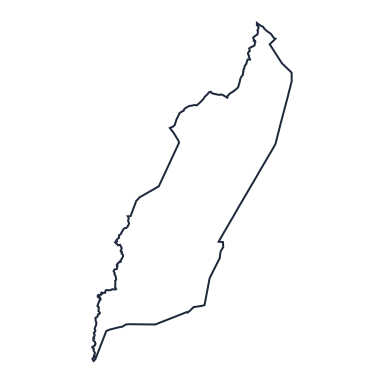 Santiago del Río, Oaxaca, Mexico
{"feature_id": "50627088B48530858037738", "entity_name": "Santiago del Río", "entity_type": "district", "adm_level": 2, "iso_a3": "MEX", "parent_name": "Mexico", "parent_adm1": "Oaxaca", "projection": "robinson", "projection_center": [-98.116, 17.433], "detail": "fine", "context": "isolated", "style": "outline", "palette": "slate", "viewbox_px": 384, "rotation_deg": 0, "n_neighbors": 0, "source": "geoboundaries", "source_scale": "gbopen_adm2", "svg_char_len": 4838}
<svg xmlns="http://www.w3.org/2000/svg" viewBox="0 0 384 384"><path d="M291.6,72.7L290.9,71.9L281.9,63.3L273.8,50.6L269.7,44.3L275.4,38.8L274.4,38.5L273.2,37.1L271.1,34.0L267.2,31.3L264.2,28.6L263.2,26.9L260.6,25.6L258.5,24.2L256.9,23.0L256.9,23.3L257.0,23.8L256.8,24.4L257.0,25.1L257.5,25.8L258.0,26.2L258.6,27.3L258.5,28.3L258.0,29.1L257.5,30.3L257.9,30.7L257.8,31.6L257.8,32.7L257.6,34.0L257.1,34.7L255.5,35.7L253.6,37.1L253.2,37.5L253.2,37.9L253.3,38.4L254.0,39.7L253.8,40.8L254.0,40.8L254.7,40.7L255.2,40.9L255.3,42.1L255.0,42.2L254.8,43.7L254.7,44.8L254.5,45.3L254.1,45.8L253.6,46.0L252.9,46.3L252.6,46.6L251.3,47.0L249.2,48.4L249.8,51.0L249.1,51.3L248.0,53.0L248.1,54.2L248.5,54.6L248.5,55.0L248.9,55.6L248.9,56.8L249.5,58.0L250.0,59.5L247.6,59.5L246.4,63.1L246.5,63.7L245.8,64.3L245.6,64.9L244.7,66.0L244.1,68.9L243.6,69.3L243.4,70.6L243.5,71.3L243.1,71.8L243.3,72.5L242.8,73.5L243.0,74.6L241.2,77.0L240.3,78.8L240.2,79.8L240.0,80.2L239.6,82.3L239.5,83.2L239.0,83.7L238.8,84.3L238.8,85.1L238.6,85.9L238.3,86.7L237.7,87.7L237.4,88.2L236.5,88.9L235.1,90.0L234.6,90.3L234.0,91.0L233.5,91.1L233.3,91.5L232.6,91.9L231.6,92.4L230.3,93.3L229.2,94.1L228.7,94.9L227.6,95.8L227.6,96.6L227.3,97.7L223.2,95.2L221.4,94.5L219.4,94.9L214.3,93.9L211.7,93.1L210.7,91.7L209.0,92.3L207.2,94.5L204.8,96.7L203.5,98.9L201.2,101.4L196.8,105.4L194.8,105.0L191.3,105.7L188.9,106.1L186.6,107.4L184.4,108.9L183.6,110.8L181.7,111.6L181.3,111.9L179.6,113.1L179.1,114.1L178.0,116.5L176.5,119.4L175.9,121.3L174.6,125.2L173.0,126.6L171.0,127.5L169.8,128.0L173.4,132.5L178.1,140.1L179.1,142.6L158.8,186.3L139.6,197.3L136.2,201.1L130.6,216.1L127.8,216.3L128.4,217.3L128.4,217.7L128.7,218.2L128.7,218.7L128.5,219.1L128.3,219.9L128.1,220.3L128.2,220.7L128.3,221.4L128.7,222.5L129.0,223.2L128.9,223.7L128.7,224.6L128.3,225.4L127.8,225.8L127.7,226.6L127.1,227.2L126.4,227.8L125.7,228.1L124.6,228.2L123.6,229.1L123.3,229.6L122.9,230.0L122.6,230.6L122.3,231.5L121.5,232.4L121.3,232.8L121.3,233.5L120.7,234.3L119.3,235.0L118.8,235.7L119.2,236.8L118.8,238.1L117.5,238.9L116.8,239.5L116.5,240.4L117.0,241.0L117.1,241.4L116.6,241.5L115.8,241.4L115.1,242.4L115.6,242.7L115.9,243.1L116.3,243.6L117.0,244.0L117.3,244.4L117.6,244.8L117.9,245.0L118.3,245.3L119.2,245.1L120.0,244.8L121.1,246.7L121.4,248.1L121.7,248.2L121.5,249.4L121.1,250.1L120.6,250.7L120.7,251.1L121.0,251.5L121.2,251.9L121.5,252.4L121.9,252.3L121.7,253.6L122.2,253.7L122.9,255.0L123.1,255.8L123.0,256.6L122.4,257.5L122.0,258.3L121.5,258.9L121.3,259.8L120.3,261.0L120.6,261.6L119.8,261.6L119.7,262.1L119.1,262.3L118.9,262.6L118.3,262.8L117.8,263.3L116.7,265.1L117.0,265.6L117.0,266.1L117.4,266.0L117.2,267.1L117.2,267.7L116.9,268.2L116.8,269.0L114.6,269.5L113.9,270.2L113.6,271.3L114.6,272.8L114.5,274.3L115.3,275.5L116.2,278.8L116.0,279.8L115.1,280.8L115.4,282.3L115.3,283.9L115.2,285.7L115.1,287.1L116.1,289.1L114.9,289.5L112.3,289.2L110.8,290.0L109.3,290.3L107.5,290.1L106.8,290.1L106.2,290.1L105.8,290.3L105.5,291.1L105.2,292.0L105.3,292.6L105.1,292.8L103.2,292.9L102.5,292.9L102.3,293.7L101.7,293.8L101.3,293.1L100.9,294.0L100.9,294.8L100.2,294.8L99.7,294.9L99.0,294.9L98.3,295.0L97.8,295.5L97.7,296.0L97.7,296.7L98.1,297.0L98.9,297.1L99.7,297.0L99.8,297.2L99.4,297.5L99.3,298.0L99.4,298.4L100.0,298.5L100.3,298.6L100.1,299.0L100.2,299.7L100.4,299.9L99.8,300.6L99.4,300.7L97.4,306.0L97.8,306.4L98.4,306.7L98.3,307.1L98.8,307.6L98.8,308.4L98.8,309.1L98.6,309.9L98.4,311.0L99.8,312.5L99.8,313.4L99.2,314.0L98.4,314.1L97.9,314.6L97.6,316.4L96.5,317.4L95.9,317.5L95.8,318.0L95.3,318.5L95.6,319.4L95.6,320.4L95.8,321.4L96.2,321.9L96.4,322.6L96.2,324.2L96.0,325.3L95.6,326.3L95.6,326.5L95.3,326.8L95.1,327.2L95.0,327.8L94.6,329.0L95.2,329.9L95.3,330.8L95.2,331.6L94.5,331.9L94.0,332.5L93.8,333.4L94.6,334.4L94.7,335.2L94.6,335.8L94.1,336.2L94.0,337.0L93.5,337.3L93.6,338.0L93.9,338.2L93.6,338.4L93.5,338.8L93.8,338.9L93.7,339.1L93.3,339.2L93.2,339.6L93.4,339.8L93.3,340.2L93.7,340.8L94.4,341.4L94.8,341.6L95.0,342.6L95.6,343.8L94.9,344.6L95.0,345.3L94.3,345.8L93.2,346.4L92.4,346.8L92.3,347.4L93.0,347.5L93.3,347.9L93.3,348.3L93.8,348.6L93.7,349.0L93.6,349.8L93.6,350.6L94.1,351.3L94.6,352.3L94.9,352.7L94.8,353.5L94.7,354.2L94.3,354.7L94.1,355.1L94.4,355.5L94.4,356.0L94.6,356.4L94.3,356.6L93.9,356.5L93.8,357.6L93.3,357.7L92.8,358.2L92.4,359.0L93.1,360.3L93.6,361.0L95.3,359.3L106.3,331.0L109.3,329.7L116.8,327.8L118.8,327.3L122.2,326.7L126.1,324.4L128.1,324.3L128.8,324.2L155.2,324.5L187.0,312.0L187.6,312.6L190.1,310.6L193.6,307.1L201.7,305.9L204.5,305.1L209.6,278.4L210.2,277.0L218.8,259.9L219.5,258.8L219.8,257.3L220.1,255.7L220.1,254.7L220.2,253.7L220.7,251.4L222.4,248.3L223.2,247.4L223.0,242.1L218.6,241.7L224.9,230.8L234.0,215.2L240.3,204.2L256.0,177.5L258.3,173.4L271.6,150.8L275.5,143.9L280.5,124.1L283.2,113.9L287.7,97.0L291.7,81.2L291.6,72.7Z" fill="none" stroke="#1e293b" stroke-width="2"/></svg>